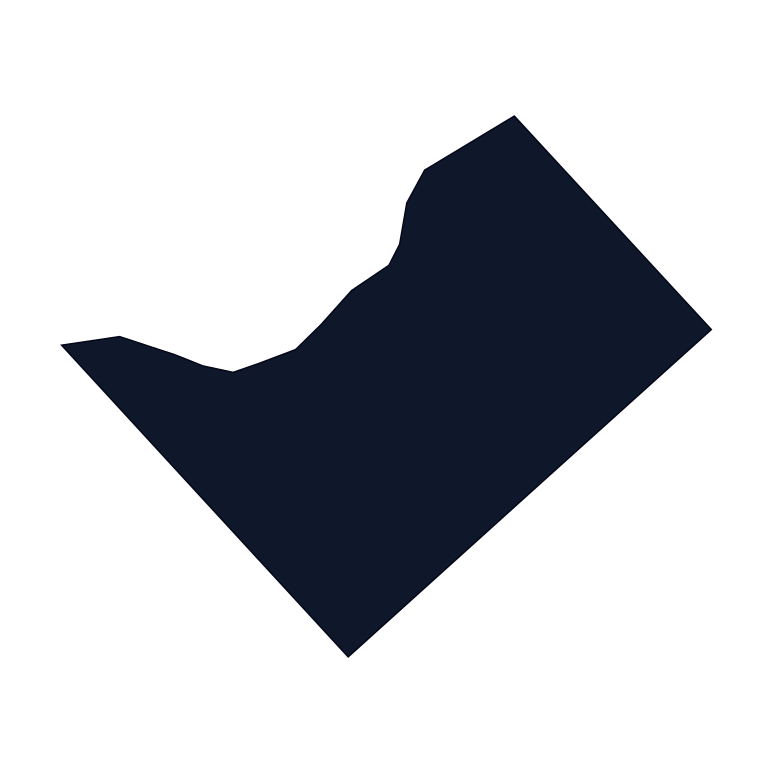 SVG path tracing the border of District of Columbia, rotated 93°
{"feature_id": "USA-3556", "entity_name": "District of Columbia", "entity_type": "Federal District", "adm_level": 1, "iso_a3": "USA", "parent_name": "United States of America", "parent_adm1": "", "projection": "orthographic", "projection_center": [-77.033, 38.899], "detail": "fine", "context": "isolated", "style": "filled", "palette": "ink", "viewbox_px": 768, "rotation_deg": 93, "n_neighbors": 0, "source": "natural_earth", "source_scale": "10m", "svg_char_len": 421}
<svg xmlns="http://www.w3.org/2000/svg" viewBox="0 0 768 768"><g transform="rotate(93 384 384)"><path d="M362.1,708.0L350.5,650.6L365.8,594.2L375.4,565.9L380.3,535.4L370.8,511.9L354.2,474.0L327.8,449.8L292.4,421.3L265.2,385.3L243.7,375.7L202.0,370.7L168.3,354.6L109.6,267.9L215.7,159.2L312.5,60.0L472.6,220.1L658.4,405.5L504.7,562.5L362.1,708.0L362.1,708.0Z" fill="#0f172a" stroke="#020617" stroke-width="1.5"/></g></svg>